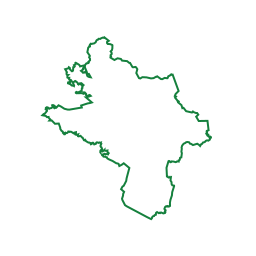 outline of Mārcienas pag., Madona, Latvia, rotated 253°
{"feature_id": "27541924B30682574084031", "entity_name": "Mārcienas pag.", "entity_type": "district", "adm_level": 2, "iso_a3": "LVA", "parent_name": "Latvia", "parent_adm1": "Madona", "projection": "orthographic", "projection_center": [26.093, 56.777], "detail": "fine", "context": "isolated", "style": "outline", "palette": "green", "viewbox_px": 256, "rotation_deg": 253, "n_neighbors": 0, "source": "geoboundaries", "source_scale": "gbopen_adm2", "svg_char_len": 5781}
<svg xmlns="http://www.w3.org/2000/svg" viewBox="0 0 256 256"><g transform="rotate(253 128 128)"><path d="M205.6,96.7L204.1,96.3L203.9,94.7L202.4,95.0L201.9,94.0L202.1,93.4L199.2,92.3L198.6,91.6L198.7,90.9L201.0,89.7L202.5,89.9L203.4,89.2L202.5,88.5L202.6,85.1L199.2,85.9L198.7,85.3L197.1,85.0L196.7,85.2L196.2,86.3L195.8,85.4L194.0,84.8L193.3,85.5L193.1,86.5L191.7,85.9L191.2,86.1L190.6,87.4L189.1,87.9L189.1,84.0L188.3,83.7L187.8,84.7L188.5,85.4L188.0,85.6L187.2,85.0L186.4,86.0L185.5,86.3L184.8,87.0L184.9,87.8L183.9,88.6L184.4,88.9L187.5,88.5L188.3,90.8L188.0,91.0L188.2,91.5L187.3,92.2L185.9,93.0L184.6,93.0L184.0,93.5L184.8,94.8L184.5,96.5L183.7,97.0L183.1,95.9L182.7,96.2L182.9,97.3L182.0,98.0L180.9,96.3L180.4,96.1L179.7,96.2L179.3,95.4L177.0,94.5L177.1,93.7L176.7,91.6L176.8,90.2L177.6,89.2L177.3,88.5L176.8,88.4L176.3,88.9L174.9,93.9L173.7,95.5L174.0,96.1L175.0,96.0L174.7,97.0L173.3,97.7L173.1,97.3L172.5,97.7L171.8,97.5L170.5,98.6L170.5,100.0L170.8,100.1L170.8,101.0L169.6,101.7L169.5,97.7L169.7,96.7L163.0,100.9L163.0,99.1L163.3,96.6L163.2,89.8L161.1,89.8L162.7,77.3L163.3,75.6L165.0,72.8L168.2,70.1L170.0,68.2L168.3,65.2L168.3,64.9L168.9,64.5L168.5,63.4L169.1,63.1L170.1,64.5L171.3,63.7L171.9,62.9L171.9,62.1L170.1,62.2L169.5,60.5L169.7,58.6L169.5,58.2L170.8,57.6L171.6,56.5L171.3,55.4L170.7,55.3L170.1,54.7L169.7,54.9L169.6,55.9L168.0,55.5L166.1,52.7L166.0,51.4L165.2,49.9L163.6,52.9L162.1,53.7L161.8,55.2L161.3,55.0L158.9,56.2L158.1,55.0L157.4,57.3L153.4,59.4L152.5,63.1L148.3,63.3L146.9,63.0L144.7,63.6L143.9,64.4L143.2,64.6L142.5,64.3L140.6,65.2L140.5,65.9L140.8,66.2L141.8,66.1L141.9,66.8L141.2,67.4L141.0,68.1L141.4,69.2L142.1,69.9L141.4,70.9L141.6,71.1L140.9,72.7L138.9,74.3L139.3,75.2L139.2,77.0L137.7,76.5L137.6,75.6L137.1,75.8L136.5,76.9L136.5,78.4L135.9,77.9L134.8,77.8L134.4,78.4L134.4,80.3L132.0,81.5L131.9,81.8L129.2,82.3L128.9,82.6L129.2,83.6L127.7,84.0L125.6,85.9L125.5,86.6L124.7,87.6L123.3,87.7L123.3,88.3L124.2,89.0L124.2,90.2L124.0,90.4L123.4,90.1L123.0,90.7L122.2,90.9L122.3,92.7L123.2,93.3L123.4,93.9L123.3,94.3L122.4,95.4L122.6,96.3L122.0,97.1L122.0,97.8L121.3,97.4L120.5,97.3L120.4,97.6L118.9,96.4L117.8,96.5L117.2,97.0L115.7,97.1L114.4,95.0L112.9,94.4L112.6,94.5L114.3,95.7L114.7,96.8L114.2,97.1L113.5,96.7L113.0,97.0L113.9,98.9L113.5,98.7L112.8,99.8L112.5,101.7L111.8,101.3L110.9,101.4L110.1,102.1L109.5,102.1L109.4,101.7L108.6,101.2L109.5,99.5L109.3,98.8L110.2,98.0L110.1,97.2L109.7,96.6L110.3,95.4L109.5,95.3L108.9,95.9L107.8,96.2L107.0,98.1L106.4,98.6L106.2,99.2L105.0,99.3L103.3,100.9L101.0,103.6L97.7,106.5L97.0,107.9L96.4,108.5L94.2,108.6L94.7,111.3L95.5,113.6L89.4,117.6L80.4,112.0L77.9,110.8L74.0,107.0L73.6,105.6L71.5,103.5L68.1,105.6L66.4,104.1L64.8,103.5L62.1,101.6L60.7,101.6L55.1,102.6L53.5,103.9L37.1,120.3L34.1,123.5L34.7,124.5L35.5,124.9L36.1,125.7L36.3,126.3L36.2,127.2L36.9,127.9L36.9,129.3L38.4,129.8L38.8,130.3L39.1,131.2L37.6,132.5L37.7,133.4L37.4,133.4L37.2,133.9L37.4,134.2L37.5,135.0L36.0,136.8L35.9,138.5L36.3,138.9L36.9,138.5L37.4,138.8L37.4,139.3L38.0,139.4L38.4,139.9L39.6,139.2L40.1,139.2L41.6,140.4L42.0,141.3L41.9,142.5L41.4,142.5L41.3,143.1L41.6,143.4L41.5,143.6L41.0,143.8L40.9,144.4L41.2,145.4L44.4,146.3L46.9,147.6L50.7,150.3L53.7,151.5L58.9,155.1L59.4,155.2L60.3,153.6L61.6,153.3L63.5,153.8L65.4,153.3L68.3,154.6L68.2,153.9L68.9,153.7L68.6,153.0L68.7,152.4L69.4,151.8L70.3,151.6L70.4,151.1L78.7,153.2L84.4,157.0L84.5,157.5L84.2,158.0L82.9,158.5L82.8,159.2L83.3,159.9L82.5,161.9L81.4,163.6L81.4,164.1L81.7,165.1L81.1,166.7L82.2,167.0L82.3,167.8L82.5,168.2L84.2,169.0L84.4,169.6L84.3,170.4L88.3,172.2L89.6,172.1L92.5,173.4L93.6,173.5L95.3,174.6L96.5,176.3L96.8,177.1L96.9,178.3L97.4,179.5L97.2,180.9L96.4,182.3L94.9,182.7L94.3,183.8L92.7,185.1L92.7,189.6L91.1,191.0L89.7,191.7L91.1,193.2L91.2,194.3L92.2,195.4L92.1,197.2L92.9,198.6L93.1,199.4L93.0,200.2L92.4,201.1L93.0,202.9L94.3,203.3L94.5,204.5L95.0,204.6L95.1,204.4L95.0,204.1L94.7,203.8L94.9,203.6L95.6,203.8L95.6,203.1L96.2,203.1L96.5,202.6L97.1,202.7L96.9,202.3L97.2,202.0L97.9,202.4L98.0,202.1L98.5,202.3L99.4,202.0L99.0,201.4L99.4,201.3L99.8,201.9L100.1,201.6L100.4,202.1L101.3,202.5L101.6,202.2L102.2,202.5L102.3,204.4L111.6,206.1L114.0,197.7L118.9,196.5L120.2,199.1L122.1,198.5L122.5,197.3L124.2,195.2L124.8,194.9L124.1,193.7L127.1,188.5L131.0,187.0L131.2,186.8L131.1,185.8L134.3,185.8L137.7,183.5L138.5,184.3L139.3,183.7L139.2,183.3L140.3,183.1L143.2,181.9L144.0,183.1L144.9,182.1L146.6,183.5L148.6,187.2L165.9,186.3L165.9,185.6L166.6,185.3L166.6,184.6L165.9,183.4L165.7,181.7L164.2,180.5L164.1,180.1L165.2,177.7L164.7,175.1L165.2,173.8L168.9,171.0L168.6,170.0L168.8,169.6L168.2,167.1L168.7,164.5L171.0,160.5L172.4,156.6L171.8,154.2L172.5,153.1L178.1,152.0L181.5,154.1L183.6,153.5L184.2,153.0L184.6,150.5L185.2,150.0L189.6,149.0L189.8,148.3L192.2,146.7L194.2,142.0L196.1,141.4L197.7,138.4L197.0,134.9L200.5,131.8L201.0,131.9L201.4,132.7L202.7,132.6L203.6,134.1L205.0,134.3L206.3,133.8L207.2,135.4L208.7,136.3L211.7,137.3L212.0,137.2L213.4,135.5L214.3,133.2L215.3,132.8L216.4,133.1L217.0,135.1L221.6,131.9L221.2,131.4L221.8,130.5L221.7,128.5L221.3,127.7L221.9,125.9L221.2,125.0L221.3,124.2L220.9,123.4L219.4,122.1L218.8,120.3L219.0,118.8L219.0,117.8L219.5,117.1L218.8,115.9L217.2,115.5L217.4,114.7L216.8,114.3L216.5,113.5L212.4,111.3L208.2,112.6L207.8,112.4L207.1,111.5L205.3,111.9L203.9,111.5L202.8,109.4L202.0,109.6L201.7,109.1L201.8,107.6L202.0,107.2L200.9,105.5L198.9,104.5L194.3,104.9L194.3,103.6L193.6,103.5L194.0,101.2L194.6,101.2L194.8,100.8L196.4,99.8L197.1,102.2L197.8,102.2L198.5,102.7L198.5,103.7L200.7,104.1L200.9,100.2L201.7,100.2L202.9,99.6L205.7,97.1L205.6,96.7ZM189.3,104.5L189.9,104.3L193.2,104.4L193.0,104.9L191.1,105.4L191.1,106.4L187.4,107.2L188.1,105.8L189.3,104.5Z" fill="none" stroke="#15803d" stroke-width="2"/></g></svg>